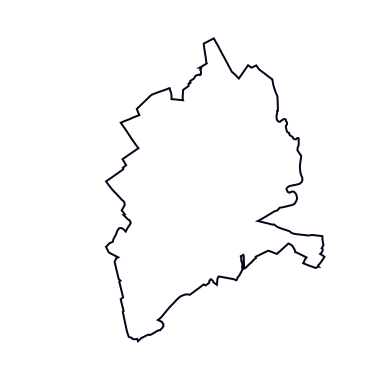 outline of Satu Mare, Suceava, Romania, rotated 62°
{"feature_id": "2599482B42040302746939", "entity_name": "Satu Mare", "entity_type": "district", "adm_level": 2, "iso_a3": "ROU", "parent_name": "Romania", "parent_adm1": "Suceava", "projection": "orthographic", "projection_center": [26.012, 47.829], "detail": "fine", "context": "isolated", "style": "outline", "palette": "ink", "viewbox_px": 384, "rotation_deg": 62, "n_neighbors": 0, "source": "geoboundaries", "source_scale": "gbopen_adm2", "svg_char_len": 5717}
<svg xmlns="http://www.w3.org/2000/svg" viewBox="0 0 384 384"><g transform="rotate(62 192 192)"><path d="M290.2,315.8L291.2,315.0L291.8,314.2L292.6,313.7L293.7,313.5L294.5,312.8L295.2,311.5L295.7,310.5L296.0,309.4L298.4,309.7L297.1,305.0L297.1,304.7L297.2,304.3L297.3,303.4L297.3,301.8L297.3,299.6L297.4,298.4L297.6,297.2L298.4,296.6L298.5,296.1L298.6,294.9L298.6,293.0L298.5,290.4L298.3,287.8L298.5,286.3L299.1,285.0L299.0,284.6L298.8,284.4L298.5,283.6L297.8,281.4L297.3,280.4L296.5,280.2L296.0,279.9L295.5,279.4L295.1,279.3L294.4,279.4L293.8,279.6L293.0,279.5L292.3,279.7L291.1,280.6L289.0,282.2L288.9,281.6L288.9,281.4L288.8,280.6L288.6,279.5L288.2,278.3L287.5,276.3L286.8,274.5L284.5,269.2L282.6,264.2L281.7,261.0L279.9,255.9L279.2,253.1L278.9,251.8L278.8,250.7L278.9,249.4L279.0,248.5L279.1,247.5L279.4,246.0L279.7,245.3L280.0,244.6L280.5,243.7L281.6,242.3L281.7,242.1L281.7,241.6L281.1,237.8L280.5,233.9L279.1,225.0L280.2,224.5L280.8,223.9L280.9,223.3L280.5,221.6L280.4,219.9L280.2,219.4L279.8,219.1L279.3,218.9L278.5,218.2L278.2,217.3L277.8,216.5L278.0,216.2L278.6,215.9L278.8,215.8L279.6,215.6L280.1,215.3L280.4,215.3L281.4,215.4L281.9,215.4L282.5,215.2L283.8,214.5L284.6,214.0L285.6,213.6L284.8,213.0L282.4,211.5L280.8,210.5L280.4,210.0L279.4,208.8L279.1,208.1L283.0,203.1L288.5,196.2L290.8,194.3L289.6,192.5L288.9,191.8L288.6,191.1L288.2,190.0L286.8,187.7L285.1,185.2L283.8,183.7L283.1,183.3L282.2,183.2L281.8,183.0L281.4,182.7L280.2,181.8L277.9,180.8L277.5,181.0L276.8,180.9L276.4,180.7L276.2,180.9L275.2,180.4L273.2,179.4L271.6,179.1L271.6,176.2L271.8,176.2L272.2,176.2L272.7,176.3L276.0,178.0L284.1,182.0L284.1,180.2L283.6,178.4L282.8,175.9L282.4,174.3L282.0,172.5L281.4,170.8L280.7,169.0L280.3,166.8L280.3,166.5L279.1,166.2L279.1,165.7L279.6,152.2L286.5,146.1L285.4,141.5L283.1,132.5L282.7,131.2L282.9,130.8L283.9,130.1L285.6,129.1L287.2,128.6L288.5,128.5L289.7,128.5L291.4,128.5L292.5,128.7L293.4,129.1L293.8,128.9L294.1,128.4L303.5,121.6L304.6,124.0L305.4,124.8L307.1,127.3L311.7,123.4L317.2,118.4L317.1,115.8L317.5,115.2L316.4,115.5L316.0,114.9L314.6,111.3L311.5,105.5L309.4,106.4L306.8,107.9L306.3,105.8L305.5,104.6L303.9,103.4L302.6,104.0L301.6,102.3L300.5,100.8L299.4,100.5L295.1,99.1L292.3,97.6L292.2,97.6L288.6,102.8L286.7,105.6L286.0,106.9L285.3,109.2L282.5,113.4L277.8,120.2L276.0,122.4L274.6,123.4L272.3,124.4L269.5,127.1L265.4,131.0L264.8,131.5L262.4,133.4L261.3,133.9L260.1,134.4L259.1,134.9L258.8,135.5L258.7,136.2L255.6,139.5L252.1,143.5L248.5,147.5L248.6,145.5L248.5,142.4L248.3,138.3L248.2,136.4L248.1,134.5L247.9,131.0L247.8,129.1L247.9,127.6L248.3,125.5L247.1,122.0L248.4,117.9L249.5,113.5L250.6,109.2L250.4,106.7L249.0,104.3L247.5,102.5L245.6,101.7L242.7,101.1L239.6,101.8L238.7,103.1L238.3,106.3L236.9,107.4L235.0,107.5L233.5,107.0L232.8,105.9L232.6,104.5L232.6,102.8L233.1,101.1L234.1,97.9L235.3,93.4L234.6,90.3L233.1,88.7L230.7,87.9L229.0,87.8L225.9,87.2L221.8,85.6L219.2,84.2L215.7,81.7L212.1,79.1L211.0,78.6L207.3,79.1L204.6,79.3L204.4,79.1L203.7,78.6L202.9,78.3L202.6,78.1L202.4,77.8L201.8,77.0L201.3,76.5L200.1,75.5L199.4,75.0L198.0,74.4L197.3,74.1L195.3,72.8L194.7,72.7L194.2,72.8L193.9,73.4L193.8,74.0L194.1,74.8L194.3,75.4L194.0,76.1L193.5,76.6L193.0,77.2L192.5,77.4L191.9,77.3L191.4,77.3L191.0,77.3L190.4,77.5L189.5,78.0L187.5,79.0L186.4,78.9L185.6,78.6L185.2,78.6L185.0,78.8L184.6,79.2L183.7,79.7L182.2,79.6L180.6,79.2L178.6,78.6L177.5,77.9L177.3,77.3L177.1,76.5L176.4,76.0L175.3,75.5L173.7,75.6L173.0,75.7L172.6,75.4L172.1,75.1L171.2,75.8L170.8,76.5L170.8,77.1L170.7,77.8L170.8,78.6L171.0,79.9L171.3,81.3L171.1,81.8L170.3,82.6L168.7,83.1L167.8,83.0L166.9,82.8L165.3,82.0L164.6,81.7L163.8,81.1L163.2,80.6L162.6,80.0L162.3,79.8L160.9,79.1L160.4,78.7L160.6,78.0L156.8,76.1L153.0,74.2L152.2,73.8L147.6,71.7L142.2,71.2L140.1,70.8L136.2,70.1L130.2,68.2L128.3,69.2L127.9,69.4L121.1,72.5L118.1,73.9L115.2,75.2L110.4,75.9L110.2,81.1L106.4,83.0L113.8,97.3L107.6,99.2L104.5,100.4L87.9,100.4L85.6,100.5L81.4,100.5L75.0,100.4L70.3,100.6L66.6,100.6L66.5,112.0L67.7,112.5L71.4,113.9L76.6,115.7L79.9,116.8L84.0,118.4L85.4,118.6L85.8,124.3L85.8,126.9L86.1,126.4L86.9,125.8L87.3,125.9L87.5,126.2L87.6,126.8L87.8,127.3L88.2,127.4L88.5,127.4L89.1,127.4L89.4,127.4L90.4,127.8L91.1,128.2L91.9,128.7L92.4,129.2L92.5,129.5L92.5,129.8L92.5,130.2L92.1,130.3L91.7,130.5L91.5,131.0L91.4,131.9L91.4,132.4L91.2,132.8L91.1,133.4L91.1,134.0L91.3,134.6L91.7,135.5L92.1,135.9L92.5,136.4L92.7,136.7L92.9,138.2L93.0,139.8L93.1,141.3L93.2,141.5L93.4,141.8L94.4,141.8L94.7,141.9L95.0,142.1L95.1,142.6L94.9,142.9L94.6,143.2L94.7,143.7L94.7,144.1L95.3,144.6L96.0,144.7L96.4,144.9L96.8,145.2L97.7,151.9L98.7,152.6L100.3,153.5L101.7,154.4L102.9,155.1L104.1,155.8L105.5,156.5L106.8,156.8L105.8,158.2L104.4,160.4L103.1,162.3L102.0,163.9L101.4,165.0L100.4,166.5L97.4,164.9L95.9,164.3L93.7,163.8L90.8,163.3L90.1,162.9L89.7,163.2L89.3,166.9L87.9,176.0L87.2,182.3L88.4,186.5L91.8,198.5L92.8,201.8L97.8,202.3L99.4,202.4L98.4,210.5L98.6,210.9L97.6,219.8L97.4,222.4L105.2,221.4L116.9,220.3L124.3,219.4L128.2,218.7L129.1,226.7L129.5,230.6L130.4,237.9L137.4,237.6L137.8,239.8L138.3,241.9L139.5,241.9L139.7,242.0L140.4,247.7L141.7,257.9L142.3,262.9L147.4,262.2L152.7,261.2L159.1,259.4L165.6,257.7L169.1,256.5L171.8,257.4L175.0,262.3L175.2,262.7L178.2,262.1L180.3,261.9L180.1,263.3L186.4,261.3L187.2,260.6L189.0,260.3L190.8,260.8L191.6,262.2L193.9,266.4L195.8,269.1L192.6,270.0L190.5,271.4L189.8,273.6L191.2,276.2L193.8,279.1L196.9,283.7L198.8,285.4L198.5,288.9L200.1,293.7L206.4,293.8L215.0,287.9L214.9,289.8L216.4,291.9L217.1,292.9L217.9,293.3L234.5,297.6L236.7,296.8L237.0,298.3L252.7,302.3L253.2,305.3L265.0,308.3L265.4,309.4L277.5,312.9L285.0,315.0L290.2,315.8Z" fill="none" stroke="#020617" stroke-width="2"/></g></svg>